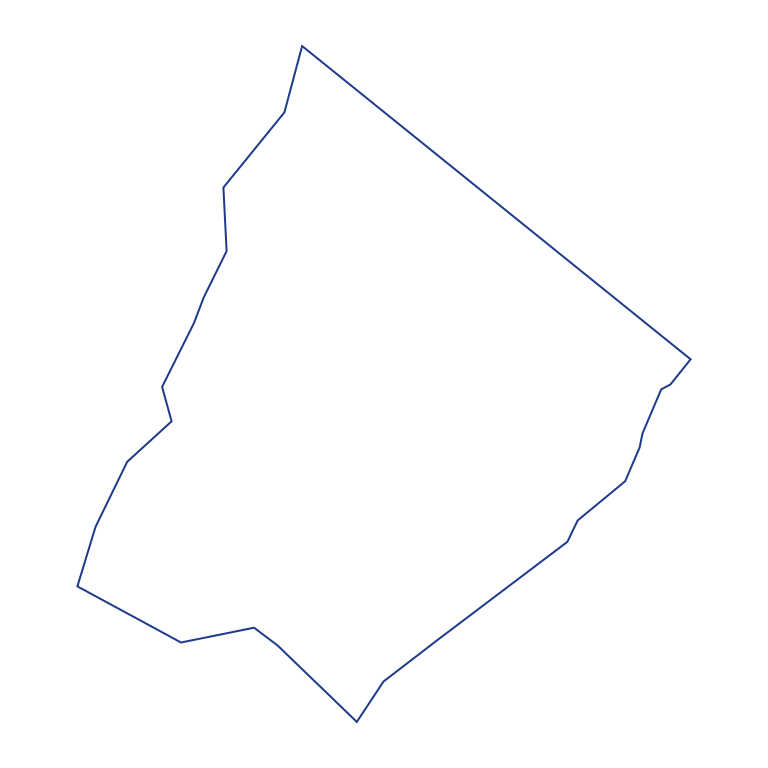 outline of Clarke, Virginia, United States of America
{"feature_id": "52423323B97176580342978", "entity_name": "Clarke", "entity_type": "district", "adm_level": 2, "iso_a3": "USA", "parent_name": "United States of America", "parent_adm1": "Virginia", "projection": "natural_earth1", "projection_center": [-77.999, 39.122], "detail": "fine", "context": "isolated", "style": "outline", "palette": "blue", "viewbox_px": 768, "rotation_deg": 0, "n_neighbors": 0, "source": "geoboundaries", "source_scale": "gbopen_adm2", "svg_char_len": 458}
<svg xmlns="http://www.w3.org/2000/svg" viewBox="0 0 768 768"><path d="M302.1,46.1L284.4,112.4L223.4,187.5L226.6,251.1L203.7,297.5L193.9,323.2L162.1,386.9L171.6,421.3L127.2,461.8L95.5,526.9L77.4,586.4L181.0,642.5L254.0,627.7L277.5,645.4L356.8,721.9L383.5,681.5L436.7,640.6L567.4,541.8L577.7,520.4L625.2,481.2L639.7,447.3L642.4,433.7L658.3,396.2L661.2,389.4L670.4,384.5L690.6,359.3L302.8,46.6L302.1,46.1Z" fill="none" stroke="#1e3a8a" stroke-width="2"/></svg>